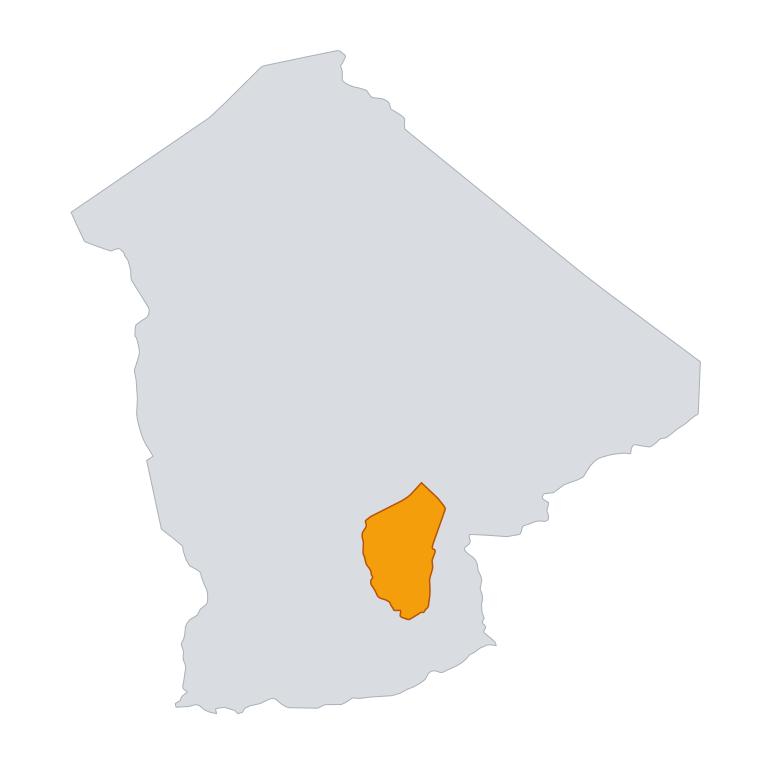 location of El Bayadh within Algeria, rotated 181°
{"feature_id": "DZA-2190", "entity_name": "El Bayadh", "entity_type": "Province", "adm_level": 1, "iso_a3": "DZA", "parent_name": "Algeria", "parent_adm1": "", "projection": "natural_earth1", "projection_center": [1.021, 32.573], "detail": "fine", "context": "in_parent", "style": "filled", "palette": "amber", "viewbox_px": 768, "rotation_deg": 181, "n_neighbors": 0, "source": "natural_earth", "source_scale": "10m", "svg_char_len": 5316}
<svg xmlns="http://www.w3.org/2000/svg" viewBox="0 0 768 768"><g transform="rotate(181 384 384)"><path d="M586.2,57.2L586.9,59.2L587.0,61.0L584.3,62.7L582.5,63.7L580.4,68.4L576.4,71.6L575.7,72.5L575.8,73.4L578.6,74.9L579.5,76.2L580.0,78.1L578.9,84.6L577.4,96.3L577.5,98.8L578.6,101.9L579.7,104.2L580.1,106.9L579.8,113.5L581.2,117.2L582.3,120.8L580.0,125.1L579.0,129.0L578.5,134.5L578.3,138.0L576.8,141.2L574.8,144.2L572.5,146.1L569.7,147.7L566.4,149.9L563.8,155.6L558.1,160.4L557.0,162.0L556.5,165.8L556.7,171.1L557.8,175.3L560.7,181.5L563.3,188.4L564.0,191.8L565.0,193.1L568.4,195.3L574.4,198.4L575.6,199.6L578.6,204.4L581.6,212.8L582.6,218.4L593.2,227.0L603.4,234.5L604.2,235.7L610.2,261.4L612.3,270.6L620.0,303.5L617.1,305.3L613.8,307.7L616.3,312.2L621.1,319.4L624.1,325.3L625.1,327.8L627.5,335.1L629.5,342.2L630.0,344.5L630.8,349.9L630.3,364.9L631.9,383.9L633.9,393.3L631.3,401.9L629.1,410.1L629.3,414.2L630.8,420.6L632.1,425.3L633.9,427.8L633.7,435.8L633.1,438.7L627.8,442.9L622.0,446.7L620.4,450.0L620.0,453.6L620.9,456.5L638.3,483.5L638.9,486.2L639.3,493.9L642.3,503.4L645.4,507.6L646.6,510.8L648.8,513.0L650.9,514.6L652.3,514.8L659.8,512.2L672.8,516.5L685.2,520.9L686.1,521.8L693.4,536.4L699.9,550.2L563.2,647.3L548.1,662.0L512.7,698.4L510.0,700.0L462.9,710.7L438.5,716.1L437.3,716.4L435.9,716.5L434.9,716.4L432.8,715.5L430.3,713.3L428.6,712.2L428.2,710.5L429.1,708.2L430.4,706.1L430.8,704.5L431.7,703.3L432.7,702.3L432.8,700.9L431.9,698.6L431.1,695.4L431.1,689.6L431.1,687.0L428.8,684.8L424.5,682.4L420.6,680.9L418.8,680.4L414.5,679.6L408.5,678.0L406.4,677.0L402.5,671.6L400.6,670.2L391.6,669.3L388.6,668.4L386.2,667.1L384.1,665.4L382.9,662.5L382.5,660.1L381.7,658.9L371.8,653.1L369.3,651.1L368.0,649.3L367.9,646.6L368.2,643.3L367.8,640.3L367.3,638.9L193.8,502.9L184.6,495.9L163.5,480.2L68.1,411.7L69.2,362.6L69.4,360.1L70.0,359.0L73.1,357.2L78.0,353.1L79.9,351.3L82.2,349.4L90.4,343.8L92.1,342.3L100.0,335.8L101.9,334.9L106.1,334.3L107.9,333.1L110.3,330.5L113.8,327.6L116.1,326.2L116.7,325.9L118.1,325.7L125.3,326.6L128.3,327.2L132.0,327.8L133.1,327.4L134.1,326.5L135.5,324.4L135.8,322.0L136.0,319.9L136.2,318.9L136.8,318.5L138.4,318.7L140.5,319.0L144.8,318.9L146.3,318.6L151.2,318.1L158.2,316.7L168.1,313.5L172.8,309.8L176.3,305.8L180.0,299.9L182.9,294.8L188.6,291.6L193.5,289.7L196.2,288.9L202.5,286.2L212.7,278.3L221.3,277.2L222.3,276.5L223.6,275.1L223.7,272.7L222.2,271.1L220.5,270.2L219.3,269.2L218.1,269.0L217.4,267.9L217.8,265.8L218.0,263.8L218.8,261.9L218.7,259.1L217.5,256.3L217.1,254.3L217.2,252.4L217.9,250.8L219.6,249.8L221.7,249.4L224.5,249.9L229.5,249.3L242.2,244.5L243.1,243.0L244.0,239.7L244.9,236.8L246.2,235.9L247.0,235.7L257.2,233.8L259.4,233.6L278.4,234.6L294.6,235.1L296.1,234.5L296.1,232.4L295.0,228.4L295.7,226.0L298.1,223.7L301.0,221.2L299.6,218.1L297.3,216.0L294.1,213.6L292.4,212.6L289.5,209.6L287.8,206.2L286.6,199.0L284.4,194.9L282.8,190.0L284.3,180.8L282.2,175.3L281.9,173.0L281.9,170.1L282.6,165.3L282.2,158.5L279.8,151.4L281.0,149.0L281.5,147.8L281.4,146.7L279.1,144.5L278.1,142.6L278.7,140.9L279.9,138.4L279.8,137.3L276.1,134.3L269.9,129.3L268.1,127.1L267.3,124.4L273.3,125.1L276.4,124.8L283.5,121.5L289.2,117.1L293.6,114.9L297.5,110.1L301.0,107.0L306.1,103.7L320.7,96.6L322.9,96.6L327.7,98.2L331.8,97.7L334.7,95.2L337.8,89.2L342.5,85.6L348.5,82.0L356.7,78.5L362.0,75.3L370.5,72.5L391.6,70.8L402.5,69.2L409.9,69.6L417.4,64.5L421.1,62.8L437.2,62.4L444.8,58.7L473.7,58.7L477.2,60.0L480.7,62.0L486.7,66.8L489.6,67.8L493.4,66.8L502.3,62.3L512.2,59.9L517.6,57.2L519.9,53.2L524.5,51.8L527.2,54.8L537.6,57.9L544.0,57.0L546.8,56.1L545.7,51.5L552.4,52.8L557.6,54.9L563.1,59.3L566.7,60.2L573.0,58.2L586.2,57.2Z" fill="#d9dde1" stroke="#a8b0b8" stroke-width="1"/><path d="M343.2,156.3L343.6,156.2L344.8,155.1L345.0,154.9L351.6,150.8L351.7,150.7L353.8,149.4L354.8,149.0L355.7,148.9L362.1,150.9L363.3,151.9L363.8,152.5L363.4,156.9L363.4,157.5L363.6,157.9L364.0,158.0L368.6,157.7L369.8,157.9L370.3,158.2L370.7,158.8L371.3,160.3L372.9,162.4L374.5,165.7L375.1,166.3L375.6,166.7L377.2,167.4L378.5,168.2L383.1,169.5L384.6,170.1L385.5,170.7L386.0,171.1L386.6,171.7L387.1,172.5L389.2,177.0L393.3,183.3L393.7,184.5L393.9,186.1L393.7,187.2L393.4,188.2L392.2,189.6L392.0,189.9L391.9,190.4L392.0,190.9L392.3,191.6L392.9,192.4L393.2,192.9L393.4,193.5L393.7,195.8L394.0,196.6L394.4,197.7L395.1,198.9L398.0,202.6L399.0,204.7L400.6,211.1L401.5,212.8L401.8,214.0L402.0,215.7L401.8,224.5L401.9,225.8L402.9,229.5L403.1,230.7L403.2,232.1L403.2,233.5L402.9,234.8L402.3,236.1L399.8,240.2L399.4,241.2L399.3,242.5L399.4,243.6L400.0,245.3L400.2,246.1L400.1,246.7L399.6,247.5L398.9,248.1L396.4,250.0L395.5,251.0L363.9,267.7L358.1,271.6L355.3,274.1L344.8,285.9L328.1,270.6L321.7,262.8L320.7,260.8L320.7,259.4L331.7,226.4L332.5,223.7L332.8,222.1L332.8,221.5L332.8,221.0L332.7,220.5L332.6,220.2L332.2,219.8L331.8,219.7L331.3,219.6L330.9,219.5L330.4,219.1L330.0,218.4L329.9,217.6L330.0,216.7L332.5,209.6L332.7,208.8L332.8,208.3L332.1,201.7L332.2,200.9L332.4,199.5L333.0,197.4L334.6,191.7L334.9,190.3L335.0,187.9L334.4,178.8L334.6,172.2L335.6,164.7L335.6,163.2L336.0,162.2L336.3,161.6L336.6,161.1L337.4,160.2L338.5,159.2L339.0,158.7L339.2,158.4L339.2,158.2L339.4,157.9L339.6,157.3L339.9,156.9L340.1,156.6L340.4,156.5L340.9,156.3L341.5,156.3L343.2,156.3Z" fill="#f59e0b" stroke="#b45309" stroke-width="1.5"/></g></svg>